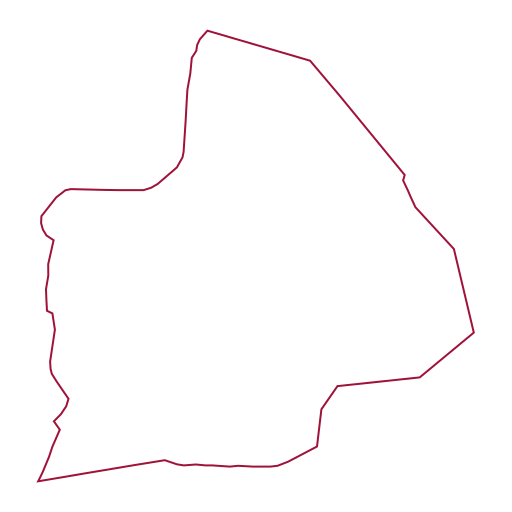 outline of Serra Negra do Norte, Rio Grande do Norte, Brazil
{"feature_id": "56859067B12396150079063", "entity_name": "Serra Negra do Norte", "entity_type": "district", "adm_level": 2, "iso_a3": "BRA", "parent_name": "Brazil", "parent_adm1": "Rio Grande do Norte", "projection": "albers", "projection_center": [-37.401, -6.573], "detail": "fine", "context": "isolated", "style": "outline", "palette": "rose", "viewbox_px": 512, "rotation_deg": 0, "n_neighbors": 0, "source": "geoboundaries", "source_scale": "gbopen_adm2", "svg_char_len": 989}
<svg xmlns="http://www.w3.org/2000/svg" viewBox="0 0 512 512"><path d="M453.9,249.0L415.4,207.2L410.3,196.1L407.8,190.3L403.1,180.4L404.7,175.0L339.5,95.5L310.1,60.7L207.4,30.7L199.9,39.2L197.1,45.1L196.3,50.8L191.8,57.8L190.3,73.5L187.4,89.7L186.6,103.0L185.6,121.5L183.6,151.9L182.5,157.4L176.9,167.4L157.6,184.0L151.0,187.8L143.6,190.1L117.2,190.1L103.6,189.9L70.8,189.1L65.3,190.3L56.2,197.4L41.4,216.2L41.1,223.2L42.9,229.6L46.5,235.5L53.6,240.2L48.2,264.2L48.3,275.6L46.0,289.2L46.4,299.8L47.0,310.8L52.4,313.4L54.9,329.6L50.1,361.7L50.6,369.1L51.8,373.8L56.5,381.3L68.5,398.8L66.2,406.3L60.9,414.2L53.9,421.3L59.8,429.7L52.4,446.7L49.0,456.9L42.6,472.3L38.2,481.3L85.4,473.3L101.0,470.7L132.6,465.4L164.8,460.2L176.9,464.3L183.8,465.4L195.8,464.5L205.5,465.4L212.2,465.4L229.9,466.6L238.1,465.8L252.9,466.6L261.6,466.6L270.4,466.6L277.5,465.8L288.1,461.7L317.0,446.5L321.4,409.3L337.5,386.1L419.7,377.4L473.8,332.6L453.9,249.0Z" fill="none" stroke="#9f1239" stroke-width="2"/></svg>